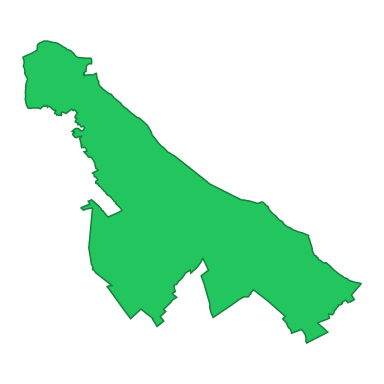 outline of Todiresti, Iasi, Romania
{"feature_id": "2599482B85852318725472", "entity_name": "Todiresti", "entity_type": "district", "adm_level": 2, "iso_a3": "ROU", "parent_name": "Romania", "parent_adm1": "Iasi", "projection": "equal_earth", "projection_center": [26.831, 47.342], "detail": "fine", "context": "isolated", "style": "filled", "palette": "green", "viewbox_px": 384, "rotation_deg": 0, "n_neighbors": 0, "source": "geoboundaries", "source_scale": "gbopen_adm2", "svg_char_len": 5801}
<svg xmlns="http://www.w3.org/2000/svg" viewBox="0 0 384 384"><path d="M130.6,318.7L141.0,309.1L144.4,311.8L145.8,313.1L148.9,315.3L149.0,315.6L149.6,315.9L153.2,318.9L152.7,319.4L157.1,326.5L163.8,321.0L160.3,316.7L165.8,311.5L163.5,309.4L170.8,302.4L172.3,300.2L172.9,299.7L176.7,297.4L175.7,296.2L174.0,295.4L172.5,293.0L175.4,291.6L174.4,288.7L174.1,286.8L174.1,285.3L175.0,284.7L176.5,284.4L178.8,281.2L180.0,280.2L183.0,276.9L185.4,273.2L190.0,270.1L190.9,273.2L193.1,270.9L196.3,268.2L197.5,266.9L200.8,262.3L202.8,258.2L205.6,264.0L208.6,270.6L207.7,270.8L206.7,271.5L201.1,275.9L202.8,280.3L204.2,284.3L205.6,289.2L208.1,298.1L209.2,301.5L209.9,304.3L209.7,306.7L209.8,307.6L210.7,311.8L213.1,317.5L232.2,304.6L238.8,299.8L242.8,297.4L244.7,296.8L248.4,296.9L250.1,294.3L250.4,294.3L251.1,293.5L251.1,292.8L250.9,292.6L253.5,289.8L268.0,301.1L285.4,316.5L282.8,318.6L282.9,319.0L283.7,320.2L286.1,322.5L286.7,323.4L287.6,326.0L288.7,327.8L290.2,329.0L290.5,329.6L291.3,331.5L291.5,333.3L301.6,329.5L303.1,331.3L304.9,334.2L305.6,335.8L306.0,338.2L305.9,339.9L306.1,340.9L305.9,341.6L306.4,342.1L306.7,343.0L327.8,332.2L323.3,327.9L317.6,323.1L319.3,322.2L327.0,319.3L329.6,318.0L329.3,316.7L328.8,315.6L328.8,314.9L329.1,313.8L330.7,314.3L331.2,314.8L332.5,314.7L333.8,313.0L334.1,311.5L334.7,310.3L335.8,309.4L336.5,307.9L337.7,307.0L338.3,306.3L338.4,304.9L340.4,304.9L342.3,303.6L341.7,302.8L343.9,301.1L345.5,300.2L347.9,302.7L350.1,301.4L350.5,301.9L354.4,299.6L353.6,298.5L351.5,294.9L356.8,288.8L359.1,286.2L359.6,285.8L361.0,283.6L357.8,282.7L355.7,282.5L349.3,280.5L346.8,278.4L345.6,278.3L343.9,277.4L342.1,276.0L339.7,274.6L333.5,269.6L330.3,266.3L326.5,262.9L325.6,262.8L324.0,263.0L321.6,261.7L320.8,260.6L319.0,259.8L318.4,259.5L318.2,258.4L317.9,257.9L316.7,257.3L316.5,257.0L316.7,256.7L316.5,256.4L316.0,255.9L314.7,255.5L314.1,254.7L313.8,253.8L313.4,253.2L312.1,250.4L312.3,248.9L311.2,245.0L309.7,240.8L309.9,240.4L309.8,239.9L308.4,237.1L308.3,236.2L308.7,235.8L308.6,235.4L307.5,235.2L305.9,234.2L304.6,233.9L302.8,233.0L299.2,232.1L293.4,230.0L290.0,227.7L286.7,226.4L283.6,223.7L282.5,221.7L279.1,219.8L275.3,215.5L272.9,213.9L270.0,210.5L268.4,208.4L268.5,207.5L267.9,206.4L267.1,206.2L265.8,205.0L263.4,202.4L262.4,202.0L261.2,202.1L258.8,203.1L257.0,203.3L249.3,200.9L247.7,200.8L243.9,200.0L241.4,199.9L209.2,183.7L207.3,181.8L175.3,156.5L167.6,151.8L163.5,147.5L160.7,145.6L159.8,144.3L158.6,143.3L156.1,139.8L152.2,135.0L151.0,131.5L147.6,125.6L142.5,120.8L139.1,118.0L136.9,117.3L130.5,112.3L129.1,110.9L125.7,108.0L124.4,107.5L123.1,106.1L122.0,105.2L121.3,104.0L120.5,103.0L114.0,97.8L111.4,94.4L108.5,93.3L103.4,89.4L100.3,86.4L99.2,85.0L98.8,84.0L98.7,81.5L97.4,79.3L96.6,75.7L96.5,73.8L96.3,73.3L95.0,73.7L93.5,74.7L92.6,75.0L91.9,75.0L90.2,74.7L85.3,75.3L84.2,75.7L83.4,74.8L84.4,74.2L84.5,73.9L84.3,73.5L83.7,73.1L83.7,72.8L86.2,71.1L86.0,68.8L86.5,67.9L86.1,66.5L87.3,65.1L89.3,63.6L91.2,64.0L91.8,62.8L91.4,58.6L90.8,58.3L89.0,58.1L87.4,58.3L77.5,57.4L74.5,54.9L74.1,53.8L70.6,50.6L67.0,49.4L66.7,49.1L66.2,48.5L65.6,48.0L63.0,46.7L60.7,45.1L57.2,43.1L54.9,42.6L51.9,42.2L47.5,41.0L46.1,41.1L43.9,41.0L42.9,41.5L41.0,42.6L40.3,42.6L39.7,42.9L37.6,44.6L37.2,47.6L37.2,49.9L37.1,50.2L31.2,53.5L24.5,56.4L23.0,57.2L23.1,58.2L24.0,60.4L24.1,63.7L23.3,66.2L24.4,68.4L25.0,72.1L24.7,72.4L24.6,73.0L25.7,75.5L26.7,77.2L27.5,78.9L26.6,82.2L26.1,83.3L25.6,87.4L25.7,89.0L25.4,90.5L25.6,91.8L25.3,92.3L25.3,93.0L25.5,93.1L25.7,93.7L25.5,94.7L25.6,96.5L25.2,99.5L25.6,100.8L26.1,103.8L26.7,105.6L28.2,108.3L30.9,108.2L32.9,107.9L34.1,108.1L36.0,107.8L36.4,108.1L38.6,107.9L40.2,108.9L44.0,105.5L44.9,106.4L47.0,105.5L47.4,107.4L48.4,106.5L50.0,106.7L50.8,107.6L51.8,107.8L52.0,108.3L51.9,108.7L54.4,110.6L55.2,109.9L55.8,110.3L55.9,110.7L55.7,111.4L54.6,113.3L56.4,114.2L56.9,114.6L56.8,115.0L57.5,114.9L58.5,115.3L60.0,115.1L61.3,115.5L61.7,114.4L61.2,113.4L61.8,112.3L62.1,112.0L66.3,113.5L66.8,112.9L67.3,112.7L67.6,112.3L68.9,111.4L71.2,109.3L71.7,109.2L71.9,109.6L73.2,110.6L74.3,109.7L75.5,110.4L76.1,111.3L77.3,113.5L76.2,114.6L75.1,116.3L75.1,117.5L75.4,117.9L76.9,118.6L76.6,118.8L75.3,121.3L75.3,121.7L75.5,122.2L78.0,123.1L77.8,124.7L79.5,124.4L81.1,126.9L82.5,126.7L83.4,126.2L84.6,127.7L83.1,130.5L80.8,130.8L78.9,128.9L77.7,128.4L76.6,128.6L75.9,128.4L74.4,129.2L72.2,131.3L74.3,131.6L74.2,132.2L74.3,132.5L74.4,132.9L73.3,132.9L72.6,134.3L72.7,134.6L74.8,137.2L76.6,137.7L77.4,137.2L78.8,136.8L81.1,136.3L81.7,136.0L81.8,136.2L81.7,136.8L81.0,137.0L79.9,137.8L79.7,138.9L79.8,139.2L80.5,140.7L80.4,141.5L80.8,142.3L81.1,144.3L81.9,144.7L81.1,145.9L81.7,147.7L84.4,147.3L85.9,148.3L86.8,150.6L86.8,151.2L83.9,151.8L86.9,154.8L88.4,157.1L91.5,157.3L91.7,157.5L92.2,158.7L93.7,160.7L95.0,163.9L95.1,165.4L95.6,167.3L95.8,168.4L97.3,169.3L97.8,169.8L98.0,170.3L95.1,171.6L92.6,173.0L93.5,173.6L94.1,174.4L94.2,176.1L94.7,176.8L95.8,177.1L97.6,179.4L97.8,179.9L97.5,180.2L95.7,181.4L95.7,182.5L95.8,183.2L97.1,183.8L97.9,183.9L98.7,185.5L101.7,188.1L102.2,189.2L103.1,189.7L104.0,191.0L104.3,191.0L104.8,191.3L106.6,194.1L107.8,195.3L110.0,196.3L110.0,196.5L114.0,200.7L113.9,201.0L114.3,201.4L115.8,202.4L116.1,202.8L115.8,203.3L115.9,203.7L121.2,208.9L121.4,210.0L121.8,210.7L116.8,213.2L108.0,217.0L107.6,216.5L107.3,216.4L105.2,213.6L103.8,212.0L103.1,211.6L103.2,211.2L103.1,210.9L101.8,210.3L101.3,209.1L99.1,206.4L91.5,199.7L89.6,200.8L88.2,201.2L89.8,204.0L88.6,204.7L85.7,205.7L82.1,207.2L81.0,208.0L83.2,210.1L84.2,210.0L86.5,208.9L87.5,208.9L91.4,208.0L92.5,208.2L88.8,248.1L91.0,261.1L91.3,264.2L92.4,265.7L92.6,266.4L92.7,267.9L92.5,269.4L92.7,269.6L94.1,270.5L95.7,272.8L109.9,283.9L110.1,284.3L111.8,285.6L109.3,286.0L108.0,286.1L107.1,286.7L108.3,288.1L124.1,310.0L130.6,318.7Z" fill="#22c55e" stroke="#15803d" stroke-width="1.5"/></svg>